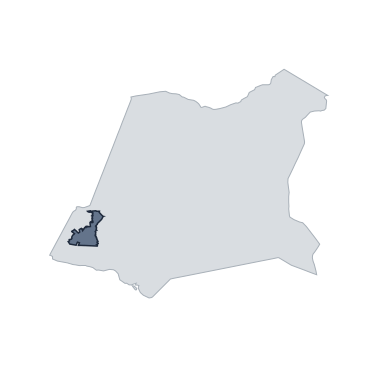 location of Voi, Coast, Kenya, rotated 79°
{"feature_id": "3690345B74422593765563", "entity_name": "Voi", "entity_type": "district", "adm_level": 2, "iso_a3": "KEN", "parent_name": "Kenya", "parent_adm1": "Coast", "projection": "robinson", "projection_center": [38.488, -3.338], "detail": "fine", "context": "in_parent", "style": "filled", "palette": "slate", "viewbox_px": 384, "rotation_deg": 79, "n_neighbors": 0, "source": "geoboundaries", "source_scale": "gbopen_adm2", "svg_char_len": 6763}
<svg xmlns="http://www.w3.org/2000/svg" viewBox="0 0 384 384"><g transform="rotate(79 192 192)"><path d="M87.1,233.8L87.0,228.7L87.6,215.8L87.5,204.4L88.1,198.7L90.6,195.1L91.7,192.5L92.6,188.9L93.9,185.9L96.8,183.5L97.3,182.1L100.4,178.1L102.3,172.9L103.7,171.1L105.5,169.5L106.7,168.6L108.8,167.7L110.4,167.2L110.7,166.8L110.8,166.0L110.3,162.8L111.0,161.7L112.0,159.6L113.3,157.5L114.4,156.3L115.1,155.0L115.4,152.7L115.4,151.1L115.4,148.4L115.0,142.5L113.7,137.5L112.9,131.9L113.5,130.0L112.5,126.8L112.0,126.6L111.1,125.9L110.0,122.8L109.2,120.0L108.7,119.2L105.2,116.8L103.5,111.0L101.5,109.7L100.4,103.9L100.2,102.2L101.3,96.5L101.2,95.2L100.1,93.9L96.8,92.7L94.1,90.3L94.4,89.5L94.6,88.6L93.2,88.0L89.1,78.2L94.4,72.3L99.8,66.3L106.6,58.7L112.9,51.7L118.3,45.7L123.1,40.3L123.0,41.3L123.0,42.7L123.6,43.5L124.6,44.1L126.0,43.5L127.2,42.6L128.4,42.5L135.6,44.7L136.9,46.7L136.8,48.8L137.1,50.3L136.5,51.8L135.9,56.4L136.1,60.7L138.3,63.8L140.2,66.3L141.8,69.7L142.9,70.8L144.5,71.3L149.5,71.5L156.9,71.7L164.0,71.9L164.6,72.0L166.1,72.5L172.7,77.2L178.7,81.4L183.7,85.2L188.7,88.8L193.4,92.3L197.2,95.2L200.8,96.1L206.8,96.5L210.9,96.7L214.7,97.9L220.3,99.0L224.6,99.6L227.1,100.3L234.2,100.9L235.4,100.6L238.5,97.3L242.0,92.1L243.3,89.2L247.8,86.3L255.8,82.3L261.4,79.5L267.6,76.6L270.4,79.1L274.3,83.0L276.0,85.0L277.4,85.8L279.6,86.4L282.1,86.4L283.5,86.3L286.4,85.8L293.1,85.4L297.0,85.4L293.8,90.7L289.9,96.9L282.8,108.5L277.3,114.6L273.2,119.2L272.8,120.1L272.9,125.2L272.9,137.7L273.0,162.9L273.1,188.0L273.2,213.1L273.2,225.6L273.3,229.8L276.9,235.1L280.4,240.3L285.0,247.1L287.5,250.8L287.9,252.0L287.8,254.4L284.0,259.5L280.8,261.9L276.6,263.0L275.3,262.8L273.7,262.0L273.0,263.3L272.5,265.2L271.6,264.8L270.9,264.2L271.3,267.6L271.7,269.3L271.1,271.5L269.1,273.5L268.9,275.2L264.4,279.6L258.1,280.1L254.8,282.2L253.3,284.0L252.2,287.9L252.6,293.9L250.8,298.5L250.5,300.8L247.3,303.7L245.8,306.5L244.7,309.3L243.8,310.5L242.7,316.7L241.2,320.5L240.8,321.8L240.4,322.9L239.2,325.1L238.5,326.6L237.9,327.6L234.1,337.3L231.1,341.7L228.7,341.2L227.2,342.9L227.0,343.7L226.2,343.3L224.2,341.7L220.2,338.4L216.1,335.1L212.1,331.8L208.1,328.5L204.0,325.2L200.0,321.9L196.0,318.6L191.9,315.3L189.6,313.4L188.5,312.2L187.7,310.0L187.3,309.4L186.2,308.7L185.0,308.5L184.6,308.1L184.6,307.0L185.0,305.4L186.5,302.4L186.7,300.6L186.4,298.6L185.9,295.4L185.5,294.6L182.9,293.0L177.2,289.4L171.6,285.9L166.0,282.3L160.4,278.8L154.8,275.2L149.2,271.7L143.6,268.1L138.0,264.6L132.4,261.0L126.8,257.5L121.2,254.0L115.6,250.4L109.9,246.9L104.3,243.3L98.7,239.8L93.1,236.2L91.0,234.9L89.1,233.8L87.1,233.8ZM273.6,268.2L272.7,268.5L273.2,266.8L276.1,264.6L277.2,265.1L277.5,265.6L277.4,266.0L276.9,266.5L273.6,268.2Z" fill="#d9dde1" stroke="#a8b0b8" stroke-width="1"/><path d="M224.0,307.7L227.0,295.3L226.9,295.2L226.6,295.3L226.4,295.1L226.0,295.2L225.9,295.1L225.6,295.2L225.5,295.3L225.5,295.1L225.2,294.6L224.9,294.5L224.7,294.5L224.7,294.4L224.6,294.2L224.6,293.9L224.4,293.9L224.1,294.0L223.9,294.4L223.5,294.6L223.5,294.8L223.3,294.8L223.3,294.6L223.2,294.5L222.8,294.5L222.6,294.3L222.4,294.2L222.4,293.9L222.2,294.0L221.9,293.9L221.7,294.0L221.4,294.1L221.2,294.0L220.9,294.1L220.8,294.3L220.6,294.5L220.4,294.5L219.9,294.4L219.5,294.3L219.4,294.5L219.2,294.5L218.9,294.6L218.6,294.5L218.5,294.4L218.4,294.4L217.6,295.0L217.2,295.1L217.1,294.9L216.9,295.1L216.6,295.1L216.4,295.3L216.1,295.3L215.9,295.3L215.9,295.1L216.0,295.0L216.2,294.9L215.9,294.8L215.6,294.7L215.4,294.7L215.1,294.6L214.8,294.7L214.5,294.6L214.2,294.5L213.9,294.4L213.5,294.2L213.2,294.4L212.8,294.3L212.5,294.4L212.4,294.5L212.3,294.4L212.3,294.1L212.1,294.0L212.0,293.9L211.8,293.7L211.6,293.6L211.4,293.6L211.1,293.6L210.9,293.5L210.8,293.4L210.9,293.2L210.7,293.3L210.3,292.9L209.6,292.9L209.4,292.7L209.2,292.7L208.8,292.6L208.7,292.5L208.4,292.7L208.4,292.8L207.9,292.8L207.7,292.6L207.4,292.9L207.2,292.9L207.0,293.1L206.9,293.0L206.7,292.5L206.4,292.1L206.2,292.0L205.9,291.6L205.6,291.1L205.4,291.1L205.2,291.1L205.0,290.9L204.4,290.2L203.8,289.3L203.3,288.3L202.8,287.8L202.2,286.8L201.7,286.1L201.5,285.9L201.4,285.8L199.7,284.4L199.3,284.2L199.2,284.1L199.1,283.7L199.0,284.0L198.9,284.2L198.9,284.3L198.6,284.3L198.3,284.3L198.1,284.5L197.9,284.7L197.6,284.9L197.5,285.0L194.2,287.0L193.2,286.5L192.7,289.4L192.1,289.9L191.5,295.6L191.4,295.7L191.1,295.6L191.0,298.3L191.2,298.2L191.3,298.1L191.5,297.8L191.5,297.7L191.8,297.4L192.0,297.2L192.1,296.9L192.2,296.5L192.3,296.3L192.3,296.2L192.3,295.8L192.3,295.6L192.3,295.4L192.6,295.0L192.5,294.8L192.6,294.7L192.8,294.5L192.9,294.2L193.0,294.2L193.1,293.7L193.3,293.6L193.4,293.3L193.5,293.3L193.8,293.4L193.8,293.5L194.0,293.6L194.3,293.5L194.5,293.8L194.7,293.7L194.8,293.8L194.9,293.7L195.0,293.7L195.4,293.8L195.6,294.0L195.7,293.9L195.8,293.9L195.8,294.0L196.1,293.9L196.1,294.0L196.2,293.9L196.3,293.9L196.4,294.1L196.6,294.4L196.8,294.4L196.8,294.5L196.9,294.4L197.1,294.4L197.3,294.4L197.4,294.5L197.5,294.5L197.8,294.7L197.9,294.8L198.2,294.7L198.3,294.8L198.5,294.9L198.4,295.0L198.5,295.1L198.8,295.0L199.0,295.2L199.1,295.3L199.3,295.3L199.4,295.0L199.5,295.1L199.8,295.2L200.0,295.1L200.3,295.2L200.7,295.3L200.8,295.4L200.9,295.6L200.9,295.4L201.0,295.4L201.0,295.5L201.3,295.5L201.5,295.7L201.5,295.4L201.6,295.2L201.7,295.3L201.9,295.3L201.8,295.2L202.0,295.2L202.0,295.3L202.2,295.2L202.3,295.0L202.5,295.1L202.8,295.0L203.0,295.3L203.0,295.5L203.0,295.9L203.0,296.0L202.9,296.1L202.8,296.4L202.6,296.5L202.4,296.7L202.4,296.8L202.5,296.9L202.4,297.0L202.5,297.0L202.4,297.5L202.5,297.7L202.4,297.8L202.5,297.9L202.6,298.0L206.5,298.3L206.5,298.5L206.5,299.2L206.3,299.9L206.3,300.8L206.1,300.8L205.8,300.9L206.1,301.7L206.2,302.0L205.6,302.2L205.5,302.3L205.6,302.5L205.8,302.7L205.8,302.8L205.7,302.9L205.9,303.2L206.0,303.2L206.1,303.3L206.3,303.3L206.5,303.3L206.4,303.5L206.5,303.9L206.4,303.9L206.4,304.1L206.5,304.2L206.6,304.3L207.1,304.7L207.2,304.9L207.3,304.9L207.4,305.0L207.5,305.2L207.6,305.3L208.1,305.5L208.3,306.1L209.1,306.4L209.3,306.3L209.4,306.1L209.3,306.3L209.1,306.4L209.0,306.5L208.8,306.5L208.7,306.6L208.8,306.7L208.7,306.7L208.4,306.7L208.2,306.6L208.0,306.8L207.9,306.6L207.7,306.7L207.8,306.8L207.7,306.8L207.6,306.6L207.2,306.8L207.1,307.0L207.0,307.4L206.6,307.6L207.4,309.9L209.9,309.9L210.6,311.4L209.0,312.6L208.5,312.8L206.3,314.6L206.6,315.0L206.9,315.4L207.0,315.6L207.2,315.9L207.2,316.2L207.2,316.4L207.6,316.7L207.5,317.2L207.6,317.4L207.9,317.4L208.0,317.5L209.6,316.1L210.5,315.3L211.2,316.3L211.5,317.0L211.7,317.4L213.3,318.6L214.8,318.8L215.0,319.2L215.3,319.4L215.3,321.6L216.6,321.6L217.0,323.0L219.8,321.9L222.1,315.9L219.4,314.0L220.4,312.2L222.7,313.7L223.1,311.7L223.9,308.3L224.0,307.7Z" fill="#64748b" stroke="#1e293b" stroke-width="1.5"/></g></svg>